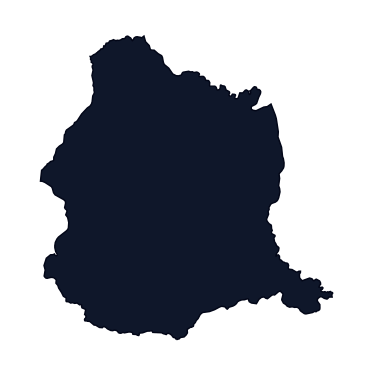 outline of Muecate, Nampula, Mozambique, rotated 7°
{"feature_id": "85939544B7087427782291", "entity_name": "Muecate", "entity_type": "district", "adm_level": 2, "iso_a3": "MOZ", "parent_name": "Mozambique", "parent_adm1": "Nampula", "projection": "robinson", "projection_center": [39.557, -14.66], "detail": "fine", "context": "isolated", "style": "filled", "palette": "ink", "viewbox_px": 384, "rotation_deg": 7, "n_neighbors": 0, "source": "geoboundaries", "source_scale": "gbopen_adm2", "svg_char_len": 5891}
<svg xmlns="http://www.w3.org/2000/svg" viewBox="0 0 384 384"><g transform="rotate(7 192 192)"><path d="M98.1,51.1L95.3,50.4L94.6,51.1L91.8,52.2L91.1,54.1L88.7,54.8L87.9,57.7L86.7,57.7L86.4,60.1L86.1,60.5L84.0,61.3L83.5,62.5L81.6,64.2L81.1,65.1L80.2,65.7L79.8,66.5L77.6,67.8L75.6,69.7L74.4,69.9L75.0,70.8L75.2,72.9L76.1,73.7L76.2,75.5L77.7,76.2L78.3,77.2L78.3,77.8L77.7,78.8L77.7,80.0L79.0,83.0L78.5,88.6L81.0,95.6L80.8,98.5L82.0,100.1L82.3,103.0L82.9,104.6L82.9,105.9L81.8,108.8L81.9,114.6L81.5,116.9L80.3,119.2L78.0,121.2L73.0,128.0L69.5,135.2L68.5,136.4L67.0,137.4L66.5,139.5L65.9,140.3L59.9,145.8L59.3,147.3L59.2,149.6L58.4,150.8L58.7,158.5L57.6,160.3L54.8,162.6L52.3,165.8L51.8,170.6L50.6,174.2L50.9,177.1L50.3,178.0L47.9,179.0L46.3,180.9L44.9,181.9L44.5,183.4L43.3,184.6L40.9,188.1L40.1,188.7L40.3,199.7L42.1,199.6L44.9,200.4L51.9,203.8L52.9,205.2L54.7,209.6L56.5,211.5L65.6,215.2L67.5,216.7L67.9,218.6L67.5,223.0L68.2,224.1L69.9,225.2L70.3,226.5L69.5,230.1L71.7,232.4L73.4,237.3L73.7,242.7L73.2,244.4L72.0,246.0L65.0,253.0L63.7,255.1L62.5,258.6L62.4,262.0L62.7,264.1L64.0,267.8L65.8,270.2L65.9,271.4L65.4,271.9L63.8,271.5L63.0,270.3L61.8,271.1L59.2,271.6L55.5,275.5L54.1,283.0L55.8,287.3L55.5,293.4L56.1,294.2L57.4,295.2L58.7,295.3L62.5,293.9L64.3,293.8L65.7,294.1L67.6,295.4L68.0,296.0L68.1,299.1L70.2,301.0L71.4,303.6L74.8,307.7L77.1,311.2L79.7,312.3L80.1,313.0L80.2,315.5L80.7,316.1L82.8,316.0L85.2,317.0L86.8,316.4L89.1,316.8L91.5,316.2L94.2,317.7L95.5,317.3L96.3,317.6L96.4,319.3L97.0,320.4L99.9,321.2L100.8,322.0L100.4,326.8L101.3,327.1L101.9,328.1L101.9,329.8L101.0,331.0L100.9,332.0L101.3,332.8L101.7,333.0L102.4,332.7L104.0,333.0L106.3,332.9L111.0,336.0L112.6,335.9L116.6,337.7L119.5,337.6L120.4,336.5L121.0,336.2L123.1,336.9L124.7,338.1L128.1,339.3L130.1,339.3L132.0,338.5L134.0,338.7L135.4,339.6L136.1,340.6L137.6,340.9L138.7,340.8L140.5,339.8L142.2,340.0L146.4,338.6L148.6,338.5L149.6,338.7L150.2,339.2L150.7,340.4L154.1,340.2L155.1,340.8L156.6,340.9L157.0,340.1L156.7,338.9L157.0,338.5L160.3,337.7L164.6,335.5L166.9,335.2L168.6,334.6L169.1,334.7L170.2,336.1L179.0,335.4L181.0,336.2L181.7,336.0L182.7,336.5L184.0,336.5L184.4,335.6L185.6,335.1L187.6,335.6L189.4,336.7L190.7,338.2L191.4,338.6L193.3,338.8L193.7,339.7L194.6,339.7L195.1,340.2L197.3,339.2L198.2,337.8L201.8,336.8L203.6,334.6L204.6,332.4L204.1,329.6L204.3,328.7L207.0,326.4L208.0,326.3L209.7,325.1L209.9,322.7L211.1,321.3L211.9,319.0L213.4,317.0L215.1,312.5L217.2,310.3L224.0,308.5L228.8,306.0L233.5,302.7L235.4,301.8L238.6,301.9L240.8,303.8L241.4,303.9L242.8,301.8L246.5,300.2L248.2,299.0L249.7,297.3L250.5,295.5L251.8,294.4L254.5,293.0L257.3,292.5L260.1,291.2L260.8,291.3L262.2,293.9L264.5,294.9L269.5,295.0L271.5,290.4L273.9,288.0L276.3,287.4L278.3,288.5L279.9,288.7L283.8,284.7L285.0,284.1L286.6,284.1L290.1,280.3L292.0,279.5L293.0,280.8L294.2,281.4L294.6,282.0L294.8,282.9L294.2,287.5L294.4,288.4L296.3,291.1L298.7,292.2L300.4,293.7L302.9,294.4L305.4,293.7L308.1,294.0L309.4,293.6L310.9,293.7L312.6,294.7L314.0,296.6L314.9,297.2L318.3,299.0L319.9,299.1L326.4,296.9L328.0,295.6L329.7,295.7L330.4,294.9L332.1,294.1L333.0,293.1L333.1,291.7L332.6,288.2L329.6,284.9L329.7,282.6L331.8,280.4L333.6,280.2L336.2,281.4L338.8,281.8L339.4,281.6L341.0,279.5L343.9,279.2L343.2,276.8L343.9,275.7L343.9,275.1L343.6,274.7L342.1,274.5L341.7,273.9L340.4,274.3L340.0,275.2L339.0,274.5L337.4,275.3L336.1,274.7L334.3,275.3L332.3,274.9L331.9,273.3L333.1,272.8L333.7,271.3L332.9,270.6L330.6,271.2L329.6,270.9L330.1,268.6L330.8,268.3L330.9,267.8L330.5,266.2L329.4,264.7L326.0,263.4L325.4,263.7L323.9,265.2L323.1,265.0L321.6,263.5L319.2,263.1L312.1,266.7L309.5,264.4L309.1,263.3L308.6,260.5L309.4,258.8L309.3,257.4L307.8,257.6L306.4,258.6L305.1,258.7L300.8,256.8L297.9,256.8L297.0,256.3L296.7,255.3L296.8,253.0L295.9,251.4L294.9,251.0L293.3,251.1L292.0,250.5L290.5,250.3L289.0,248.9L287.4,248.4L287.1,248.0L286.6,245.0L285.4,243.9L284.8,244.0L283.6,245.2L283.1,245.2L283.3,243.0L285.0,239.8L285.1,237.0L284.6,236.3L282.4,234.9L281.4,233.0L280.0,231.4L278.9,227.9L279.1,226.9L279.6,226.3L279.8,225.5L279.5,224.9L276.4,223.7L275.8,222.8L275.7,221.9L276.3,220.4L275.4,218.6L274.9,215.9L274.5,215.1L272.5,214.2L271.0,212.8L269.9,211.5L269.3,209.9L270.7,204.6L269.9,202.2L270.7,199.5L270.0,198.7L271.5,194.7L272.7,193.5L275.9,191.9L277.4,190.5L278.1,189.2L278.7,187.2L279.3,181.2L278.5,177.9L277.2,175.2L277.3,167.9L276.2,163.6L276.7,162.5L278.4,160.1L279.9,156.9L280.1,155.1L279.8,151.8L278.6,147.8L277.5,145.7L275.4,136.6L270.6,126.9L270.3,121.7L266.7,108.9L265.3,105.6L259.7,95.1L256.3,98.1L252.9,99.0L246.1,103.3L244.9,103.6L242.5,103.4L240.9,102.7L240.5,101.1L240.6,99.8L244.2,97.4L245.3,96.1L246.7,89.6L247.9,86.1L248.0,84.2L247.4,83.0L246.1,82.2L244.4,82.2L243.8,81.7L243.1,80.3L242.5,80.0L241.2,79.9L240.3,80.6L238.0,84.0L237.2,84.5L238.1,85.8L238.1,87.3L237.7,87.9L237.1,88.2L236.8,87.9L236.0,85.5L235.3,84.8L233.4,84.1L232.5,84.5L230.3,87.5L227.4,87.8L226.3,93.3L224.8,94.1L223.4,94.0L222.8,92.6L223.4,90.9L223.2,90.2L222.4,89.9L220.2,90.0L219.2,92.1L217.7,92.2L216.7,91.0L217.2,89.4L217.1,88.4L216.6,87.8L213.4,86.6L211.9,83.4L211.0,82.9L209.1,82.9L207.6,82.3L207.2,82.7L207.3,85.4L207.0,86.5L206.1,87.3L205.0,87.7L204.3,87.4L203.2,85.1L201.8,84.2L196.9,84.8L196.4,84.0L196.3,81.3L195.3,79.8L194.7,79.4L192.1,79.5L190.8,77.1L189.9,76.3L188.9,75.9L185.1,76.5L184.6,75.3L185.0,74.3L184.8,73.6L183.3,72.7L182.1,72.4L179.3,73.2L177.7,72.6L176.1,73.0L173.9,72.6L168.6,74.2L167.9,75.0L167.1,77.3L164.4,78.4L162.1,78.5L158.5,77.2L153.8,71.9L148.9,68.8L147.8,66.9L146.2,61.9L145.2,60.4L141.6,58.9L137.2,55.9L134.3,56.1L133.2,55.5L131.7,51.9L127.6,48.5L125.3,43.1L123.2,45.2L122.2,44.8L118.6,44.6L117.2,45.0L115.9,46.0L115.1,48.1L114.3,49.0L112.2,46.5L111.1,46.2L110.1,45.4L108.7,45.2L107.5,45.9L107.0,47.2L106.2,48.0L104.2,48.4L102.7,49.7L101.1,50.5L99.3,50.5L98.1,51.1Z" fill="#0f172a" stroke="#020617" stroke-width="1.5"/></g></svg>